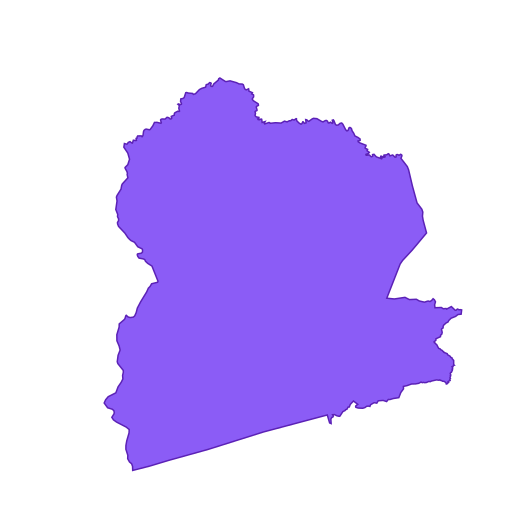 Tan Chau, Tây Ninh, Vietnam, rotated 255°
{"feature_id": "81297802B68440719308655", "entity_name": "Tan Chau", "entity_type": "district", "adm_level": 2, "iso_a3": "VNM", "parent_name": "Vietnam", "parent_adm1": "Tây Ninh", "projection": "robinson", "projection_center": [106.277, 11.58], "detail": "fine", "context": "isolated", "style": "filled", "palette": "violet", "viewbox_px": 512, "rotation_deg": 255, "n_neighbors": 0, "source": "geoboundaries", "source_scale": "gbopen_adm2", "svg_char_len": 6039}
<svg xmlns="http://www.w3.org/2000/svg" viewBox="0 0 512 512"><g transform="rotate(255 256 256)"><path d="M374.1,347.2L373.9,345.8L372.4,341.9L372.7,341.3L374.4,340.3L374.9,339.3L371.7,338.9L371.6,337.0L373.3,336.4L373.5,335.9L371.9,334.5L371.7,333.6L373.0,332.2L375.6,330.6L377.0,330.3L378.1,330.6L378.3,330.3L377.5,328.0L378.5,326.3L377.7,324.6L378.0,323.1L377.5,320.7L378.9,318.4L377.9,314.6L379.7,309.3L380.5,304.0L381.3,303.7L381.6,303.0L381.3,298.6L382.1,298.3L383.5,299.6L383.4,296.5L386.6,296.9L387.0,296.4L386.7,294.5L387.2,293.4L388.0,293.1L388.2,294.4L389.1,294.7L390.3,292.3L391.3,291.6L392.2,291.5L393.8,292.4L395.5,292.4L396.0,292.9L396.2,294.4L396.6,294.8L399.9,294.8L400.5,295.6L400.8,297.3L401.7,297.5L402.4,297.5L406.6,293.7L408.2,293.0L408.9,293.2L410.3,294.9L411.9,295.3L412.4,295.3L413.7,293.8L414.7,294.8L417.0,291.9L419.4,292.1L419.0,289.7L419.6,288.8L420.8,288.3L424.7,288.1L425.6,287.3L426.6,284.2L428.5,282.0L431.9,276.3L432.2,272.3L432.5,271.6L437.3,267.2L436.9,265.9L435.6,265.0L433.2,259.8L431.1,257.9L431.5,256.5L432.8,256.4L434.4,257.4L435.0,257.1L435.5,256.1L434.4,254.2L434.4,252.3L432.1,251.0L432.0,247.0L431.4,244.4L428.4,239.5L428.3,237.3L429.4,236.9L431.0,232.6L431.9,231.3L431.9,230.4L427.6,227.6L427.1,226.1L427.2,224.0L424.7,223.1L422.7,223.5L421.9,223.2L421.8,222.2L423.0,220.4L422.8,219.8L421.2,220.9L418.8,219.7L415.7,219.6L415.5,219.1L416.1,217.9L415.4,214.8L414.9,214.1L413.2,213.5L412.8,210.3L412.1,210.1L411.1,210.4L410.4,209.5L410.5,208.6L412.2,207.5L413.0,206.0L411.8,203.5L412.7,200.7L412.5,199.4L412.0,199.0L409.2,199.0L408.8,198.5L410.7,195.0L411.3,192.5L408.5,190.1L405.6,186.5L405.5,185.8L407.0,182.8L407.0,181.8L406.3,180.3L405.2,179.5L402.0,178.2L400.8,177.2L400.7,176.8L401.7,176.3L402.6,172.8L401.7,171.9L400.6,171.5L400.6,170.6L398.6,170.4L398.6,169.7L399.6,167.5L397.1,165.9L397.4,165.2L399.1,163.9L398.8,162.0L397.6,160.7L397.5,160.0L398.7,158.0L395.3,156.5L388.6,158.8L382.2,158.9L377.4,155.8L375.4,152.4L374.5,152.3L370.9,153.2L369.2,153.2L368.0,152.6L364.7,152.5L360.2,145.5L359.1,144.6L355.5,142.9L350.4,137.4L349.0,136.4L345.1,136.0L337.2,132.6L332.0,133.2L329.8,132.4L327.4,132.9L325.6,132.3L324.3,130.9L322.8,130.6L320.1,130.9L312.0,135.3L307.0,137.0L304.8,138.2L303.2,139.3L300.7,142.2L295.5,144.2L292.4,147.8L291.2,148.0L289.1,147.3L288.4,146.0L288.7,142.3L288.4,141.8L287.7,141.6L286.2,141.7L284.2,142.5L282.3,146.5L281.3,147.6L279.5,147.9L276.9,149.5L273.2,152.9L257.2,154.8L256.4,154.5L256.1,154.0L256.2,148.0L254.0,145.8L252.8,143.7L249.6,141.1L241.6,132.7L236.4,127.9L232.3,125.6L229.5,123.3L228.7,121.7L229.1,118.6L230.1,116.8L232.3,115.3L231.9,114.7L229.4,113.2L228.6,112.1L225.8,106.3L222.8,105.4L216.0,101.2L210.1,99.7L204.5,100.5L200.3,100.4L195.8,97.1L189.8,94.6L187.8,94.7L179.8,98.2L177.9,97.7L175.1,96.2L171.7,95.6L168.9,93.1L165.3,88.9L160.1,85.2L158.4,76.9L156.1,73.6L153.3,71.3L147.8,73.4L145.2,77.5L143.4,78.7L141.2,78.5L140.2,77.9L137.5,75.0L134.6,75.9L131.7,78.3L124.3,86.4L121.2,88.6L118.0,87.6L110.9,83.3L106.6,81.3L103.0,80.3L96.7,80.6L93.4,79.6L89.8,80.5L87.5,82.1L84.7,82.3L80.8,81.4L80.6,99.5L81.2,118.8L81.6,160.0L84.1,217.5L84.0,283.7L75.7,283.9L74.7,285.2L79.1,286.1L80.4,287.4L80.5,288.5L81.4,289.3L82.9,288.9L82.5,290.8L80.7,292.8L79.6,294.9L79.6,295.6L83.2,299.6L83.7,302.1L84.4,302.7L84.4,304.1L86.2,305.8L86.0,307.0L88.3,308.7L90.7,312.6L86.4,315.9L85.4,313.6L84.6,313.2L84.0,313.3L82.7,315.3L81.3,319.7L81.4,322.0L82.2,324.0L81.9,325.8L81.2,327.1L82.7,328.2L83.6,331.5L83.7,332.2L82.6,334.6L84.5,336.6L83.6,341.4L81.6,344.5L83.2,346.7L82.7,348.1L82.8,351.7L82.2,357.3L86.6,360.5L89.5,364.1L91.9,364.6L91.7,368.2L92.1,373.3L91.2,376.7L90.9,380.2L91.5,382.8L90.6,383.8L90.6,385.0L90.0,386.1L89.7,387.9L90.1,390.4L89.5,391.8L89.8,393.0L89.6,398.3L88.7,400.4L88.8,401.5L88.2,401.7L87.7,402.9L86.8,403.7L86.2,405.3L84.6,406.6L83.1,406.7L83.2,407.9L83.8,408.4L84.0,409.2L84.7,408.8L85.1,409.3L85.5,411.3L86.8,411.2L87.3,412.1L88.4,411.9L90.0,413.1L90.4,412.8L91.2,413.4L92.3,413.2L93.1,413.9L93.1,414.7L95.3,416.4L95.9,416.1L96.9,417.1L98.3,416.7L98.6,418.1L99.5,418.6L99.3,419.2L100.1,418.9L104.0,419.9L105.8,419.0L107.0,418.9L107.7,417.9L108.9,417.6L111.1,415.5L112.2,415.4L114.3,412.5L115.1,412.5L115.4,411.9L116.6,411.4L117.7,410.2L118.8,409.7L119.5,408.5L123.7,407.6L124.5,406.9L125.5,406.6L126.0,405.9L127.0,405.8L128.0,407.9L129.5,408.4L130.3,413.3L131.7,413.8L132.5,415.3L134.1,416.1L137.2,416.2L137.7,416.7L138.1,418.1L139.5,418.5L140.6,419.3L142.2,422.5L142.5,424.3L143.8,425.5L145.4,428.3L146.0,433.2L147.2,435.9L146.7,439.1L150.7,440.7L151.2,439.8L151.5,438.2L152.6,437.0L152.5,436.4L151.9,435.5L152.0,434.4L156.6,431.6L155.4,426.4L156.1,426.0L156.6,423.2L158.3,421.7L159.7,415.5L162.6,415.9L165.3,417.5L167.5,417.0L168.9,416.0L167.6,414.1L167.0,412.2L167.8,411.0L168.0,409.9L167.8,406.8L170.3,402.1L172.7,399.7L174.2,392.9L177.5,389.2L178.7,378.5L181.4,371.4L211.0,393.2L213.8,396.5L221.2,408.3L234.1,426.7L247.3,426.7L251.4,427.1L255.2,428.5L258.3,428.3L265.6,425.3L283.2,425.2L299.6,425.7L303.2,425.3L312.8,421.3L315.0,422.9L315.9,422.9L316.8,422.1L316.3,420.3L317.4,418.9L317.5,418.0L317.2,417.4L315.5,417.0L315.4,415.9L318.2,414.2L318.1,411.3L320.3,410.7L320.6,410.2L319.9,408.5L320.4,405.8L319.7,405.4L318.5,406.4L318.2,406.1L318.3,404.8L320.0,403.0L320.1,402.3L319.5,402.0L318.0,403.1L317.4,402.5L320.6,397.9L323.7,396.3L323.8,394.8L322.3,394.6L321.9,393.5L322.3,392.7L324.2,391.7L324.7,388.8L325.0,388.4L325.7,388.5L325.9,391.1L326.8,392.3L328.9,390.5L330.1,391.4L331.8,389.4L332.6,389.5L333.9,390.8L334.5,390.9L338.3,385.7L339.8,384.3L340.7,384.3L340.7,386.5L342.1,386.8L344.1,385.2L346.4,382.6L349.1,382.2L352.2,381.2L354.2,381.2L355.4,380.6L355.9,379.9L355.8,379.1L353.4,377.3L353.3,376.2L354.7,375.3L360.8,374.0L362.3,373.2L362.4,371.6L361.3,369.3L361.4,367.8L362.4,366.8L366.6,366.3L367.5,365.9L367.4,364.8L364.7,364.8L364.4,363.9L366.0,362.5L365.6,361.2L365.8,360.3L367.8,359.9L368.6,359.3L368.9,358.1L368.2,355.4L369.1,354.1L372.9,350.4L374.1,347.2Z" fill="#8b5cf6" stroke="#5b21b6" stroke-width="1.5"/></g></svg>